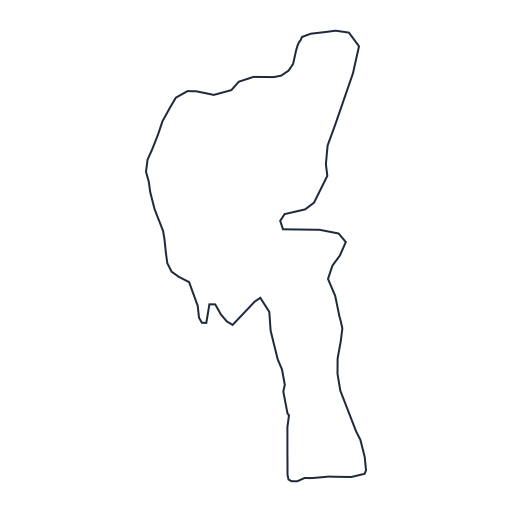 outline of Kafr Al-Shaykh, Kafr ash Shaykh, Egypt
{"feature_id": "37247803B88656028982840", "entity_name": "Kafr Al-Shaykh", "entity_type": "district", "adm_level": 2, "iso_a3": "EGY", "parent_name": "Egypt", "parent_adm1": "Kafr ash Shaykh", "projection": "equal_earth", "projection_center": [30.946, 31.12], "detail": "fine", "context": "isolated", "style": "outline", "palette": "slate", "viewbox_px": 512, "rotation_deg": 0, "n_neighbors": 0, "source": "geoboundaries", "source_scale": "gbopen_adm2", "svg_char_len": 1573}
<svg xmlns="http://www.w3.org/2000/svg" viewBox="0 0 512 512"><path d="M353.0,73.2L354.2,67.7L359.0,46.3L348.9,32.6L335.7,30.7L324.0,32.2L310.8,33.7L303.5,36.4L302.0,37.0L300.5,40.4L299.1,42.0L297.6,45.4L296.1,50.4L296.0,50.9L295.9,51.4L294.6,57.2L293.1,63.9L288.6,70.6L281.3,75.6L273.9,77.1L253.5,76.9L238.8,81.7L233.7,87.5L231.4,90.1L213.8,94.9L196.3,91.3L190.5,91.2L187.5,91.1L175.8,97.7L169.9,107.8L162.5,121.2L158.0,134.6L152.0,149.8L147.5,159.8L147.1,163.2L146.0,171.7L148.8,181.8L150.2,192.0L154.5,208.9L157.3,216.2L160.7,224.8L163.1,231.0L164.5,239.5L165.9,253.0L167.3,263.2L170.8,270.1L171.6,271.7L178.9,276.9L189.1,282.1L197.7,305.8L199.0,317.7L201.9,322.8L204.8,322.8L206.3,322.9L209.4,304.3L212.3,304.3L215.2,304.4L217.0,307.5L221.0,314.6L226.8,321.4L232.6,324.9L244.3,312.6L254.7,301.6L259.6,298.3L260.0,298.0L260.3,297.8L269.3,311.9L270.6,330.5L273.5,342.4L277.7,359.3L282.0,369.5L284.8,384.8L283.3,391.5L287.5,413.5L289.0,415.3L287.4,427.1L287.4,437.2L287.4,444.0L287.4,454.1L287.5,464.2L287.5,472.7L287.5,474.6L288.5,479.5L291.4,481.2L297.2,481.3L304.6,478.0L311.9,478.1L325.5,476.9L328.0,476.6L338.2,476.8L351.4,477.0L364.6,473.8L366.0,470.2L364.7,456.9L360.4,439.9L356.1,431.4L340.3,390.6L337.5,373.7L337.6,358.5L340.7,341.6L342.2,329.8L342.3,328.1L340.8,321.4L339.4,316.3L335.2,295.9L328.0,278.9L329.7,273.8L332.5,265.5L339.9,255.5L345.8,242.0L338.6,233.5L319.6,229.8L306.4,229.6L283.0,229.3L280.2,220.8L284.6,214.1L305.1,209.4L314.0,202.7L327.3,175.9L325.9,164.0L327.6,145.5L335.0,125.3L353.0,73.2Z" fill="none" stroke="#1e293b" stroke-width="2"/></svg>